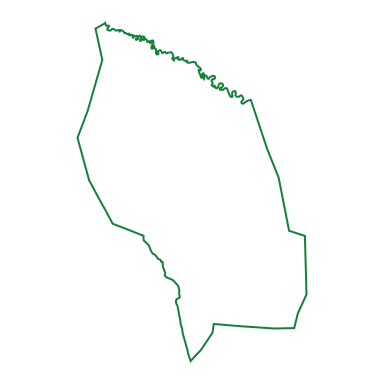 the district of Bayannuur, Bulgan, Mongolia
{"feature_id": "93677404B15769150174360", "entity_name": "Bayannuur", "entity_type": "district", "adm_level": 2, "iso_a3": "MNG", "parent_name": "Mongolia", "parent_adm1": "Bulgan", "projection": "albers", "projection_center": [104.475, 47.85], "detail": "fine", "context": "isolated", "style": "outline", "palette": "green", "viewbox_px": 384, "rotation_deg": 0, "n_neighbors": 0, "source": "geoboundaries", "source_scale": "gbopen_adm2", "svg_char_len": 5745}
<svg xmlns="http://www.w3.org/2000/svg" viewBox="0 0 384 384"><path d="M250.9,100.0L249.1,100.3L247.7,100.7L246.4,101.5L244.7,102.6L243.7,103.4L242.8,103.7L241.9,103.5L241.5,102.9L241.3,102.2L241.4,101.7L241.6,101.2L242.2,100.8L243.4,99.2L243.2,98.2L241.9,95.7L241.1,95.3L240.5,95.5L239.5,96.3L238.6,96.9L237.0,96.7L236.3,96.4L235.5,95.7L235.4,94.8L235.7,93.9L235.7,93.1L235.7,91.9L235.5,91.4L235.1,91.1L234.3,91.1L233.4,91.4L232.6,91.9L232.2,92.8L232.1,93.8L232.1,94.8L232.5,95.5L232.5,96.1L232.3,96.9L231.8,97.1L231.3,97.0L230.4,96.5L229.8,95.6L228.8,93.3L227.8,90.4L227.1,88.7L226.6,88.2L226.0,88.1L225.1,88.1L224.3,88.7L223.6,89.4L222.8,90.1L222.3,90.0L221.6,89.5L220.8,89.3L220.0,89.7L219.8,89.0L220.1,88.1L220.5,87.8L221.7,87.3L222.2,86.9L222.7,86.5L223.0,85.7L222.9,84.6L222.4,83.8L221.3,83.3L220.3,83.4L219.3,83.9L218.7,84.9L218.5,85.9L218.1,86.9L217.6,87.9L217.0,88.3L215.8,88.1L215.5,87.2L215.0,86.2L214.3,85.8L213.8,86.8L213.3,86.7L212.7,85.7L212.1,85.7L211.8,85.4L211.8,84.7L212.6,83.6L212.2,82.1L211.5,80.9L211.6,80.2L212.1,79.7L212.4,79.2L212.9,79.1L213.3,79.3L213.9,79.4L214.6,78.6L215.1,77.6L214.8,76.6L214.4,76.1L213.6,75.9L213.0,75.7L211.9,76.2L211.2,76.6L210.2,76.8L209.4,77.6L209.0,78.7L208.7,78.7L208.1,78.7L207.7,78.5L207.4,77.9L206.6,76.2L206.2,75.7L205.5,75.4L204.9,75.3L204.5,75.6L204.2,76.0L204.3,76.8L204.3,77.6L204.3,77.9L204.1,77.9L203.9,78.9L203.5,78.4L203.1,77.6L203.1,76.5L203.7,75.1L203.8,74.0L203.5,73.2L203.1,73.2L202.6,73.8L202.2,74.0L202.4,76.2L202.7,76.8L202.3,77.7L201.7,77.7L201.1,77.5L200.9,77.2L200.3,75.0L199.2,72.6L199.0,71.7L198.9,70.8L198.7,70.3L198.7,70.0L199.5,70.3L200.3,70.5L200.9,69.8L200.7,69.0L200.2,68.1L199.7,67.5L198.7,67.0L198.0,66.3L197.3,65.7L196.7,65.2L196.3,64.5L196.0,63.3L195.5,62.4L195.2,62.1L194.3,62.1L193.8,62.3L193.3,62.0L193.0,61.9L192.4,62.0L191.3,62.4L190.4,62.5L189.3,62.8L188.9,62.8L188.0,62.7L187.1,62.4L187.0,62.2L187.3,61.6L187.4,61.1L187.2,60.8L186.8,60.6L186.3,60.7L185.4,60.9L184.6,60.8L183.9,60.3L183.4,59.8L183.1,58.5L183.0,58.2L182.9,58.1L182.4,58.1L182.1,58.3L181.5,59.4L181.3,59.6L181.0,59.7L180.4,59.5L179.9,59.5L179.6,59.5L179.3,59.7L178.8,59.7L178.4,59.6L178.0,59.1L178.1,58.6L178.5,58.1L178.5,57.7L178.4,57.3L177.9,57.1L177.2,57.4L176.7,57.7L175.9,58.4L174.6,58.5L174.1,58.8L173.8,58.9L173.6,59.8L173.7,60.3L173.4,60.1L172.5,58.9L172.2,58.4L172.4,57.9L172.7,57.7L173.3,57.3L173.4,56.5L173.0,55.1L172.5,53.7L171.7,52.7L171.1,52.2L169.7,52.5L167.7,52.7L167.0,53.2L166.4,53.3L165.9,52.7L165.1,52.0L164.4,52.1L164.0,52.2L163.1,52.9L162.6,53.1L162.1,52.9L161.5,51.8L160.9,50.5L160.6,50.3L160.2,50.2L159.6,50.3L159.0,50.8L158.3,51.5L157.5,51.3L156.9,51.3L156.4,51.5L156.4,52.1L156.6,52.5L157.2,52.9L157.9,53.2L158.5,53.7L158.2,54.2L157.7,54.5L156.8,54.4L156.3,53.8L156.0,52.8L156.1,50.3L155.8,49.0L155.5,48.7L154.9,48.4L154.0,48.5L151.6,48.5L151.4,48.3L151.4,47.8L151.5,47.6L153.8,47.6L154.3,47.1L154.4,46.7L154.2,46.0L153.6,45.8L152.7,45.8L152.1,46.2L151.6,46.0L151.5,45.8L151.9,45.3L152.5,45.1L153.1,44.4L153.4,43.2L153.4,42.2L153.4,41.4L153.3,41.0L152.9,40.5L152.3,40.5L151.9,40.6L151.8,41.3L151.7,42.2L151.3,42.9L150.9,42.9L149.9,42.9L149.8,42.6L150.2,42.1L150.4,41.4L150.1,41.1L148.9,41.1L147.5,42.0L147.2,41.8L146.9,41.0L146.7,40.0L146.3,39.5L145.8,39.1L145.5,38.9L144.8,39.1L144.3,39.5L143.9,40.0L143.7,39.9L143.5,39.5L143.4,39.1L144.2,37.9L144.3,37.1L144.0,36.7L143.6,36.6L142.9,36.5L142.2,36.6L141.6,37.1L141.3,37.8L141.6,39.9L141.5,40.6L141.0,40.8L140.2,40.8L140.0,40.7L139.8,40.2L139.9,39.8L140.7,39.2L141.1,38.1L140.8,37.0L140.1,35.9L139.8,35.7L139.4,36.0L138.7,36.7L138.2,37.8L137.9,38.9L137.5,39.5L137.1,39.6L136.1,39.8L135.7,39.2L135.6,38.9L135.8,38.7L136.7,38.5L137.5,38.0L138.0,37.3L138.0,36.6L137.7,36.1L137.2,35.9L136.4,36.0L135.7,36.3L134.5,35.8L134.0,36.2L133.4,37.4L133.1,37.7L132.8,37.6L132.6,37.3L132.7,36.6L132.9,36.0L132.9,35.3L132.6,35.1L132.2,35.0L131.4,34.7L130.7,35.1L130.0,35.3L129.3,35.3L129.1,35.0L129.3,34.4L129.3,34.0L129.0,33.7L128.3,33.7L127.8,33.9L126.8,34.0L126.1,33.2L125.5,33.0L124.4,33.0L124.2,32.7L123.8,32.0L123.5,31.4L121.3,30.1L120.1,30.0L120.1,30.4L120.1,31.0L119.8,31.5L119.4,31.5L118.7,30.5L118.1,30.1L117.4,30.1L116.3,30.7L115.4,30.4L114.8,29.8L113.6,29.0L112.6,28.8L111.9,29.2L111.1,30.1L110.4,30.6L109.3,30.6L107.4,29.9L107.2,29.2L107.6,28.3L108.1,27.7L108.9,26.6L108.9,25.8L107.8,25.5L106.0,25.7L105.2,23.0L105.0,23.3L95.5,28.6L102.3,60.0L87.7,110.8L77.5,137.8L89.1,180.2L97.5,195.9L106.7,212.5L112.7,223.7L116.3,225.1L126.1,228.9L143.5,235.8L143.5,237.7L143.7,240.1L144.1,240.8L144.9,241.5L146.5,243.1L147.8,244.2L148.9,245.5L150.3,249.2L150.5,249.9L152.2,252.9L152.9,253.7L153.3,254.0L154.8,254.7L155.2,255.0L155.7,255.5L156.4,256.5L156.7,257.1L157.5,257.8L157.7,258.1L157.8,258.6L158.0,258.8L158.2,259.0L158.8,259.2L159.7,259.5L160.6,260.2L160.8,260.4L160.9,260.7L161.0,261.4L161.1,261.6L161.2,261.8L162.3,261.9L162.6,262.2L162.8,262.8L162.7,265.0L162.8,266.2L162.9,266.7L164.0,269.6L164.3,270.9L164.7,271.5L165.0,271.9L165.2,272.2L165.2,272.9L165.1,273.5L164.8,274.2L164.7,274.9L164.8,275.4L166.0,277.0L167.1,277.6L169.7,278.7L171.3,279.3L172.7,280.1L173.9,281.1L175.2,282.5L178.0,285.6L178.4,286.7L178.9,288.4L179.3,289.7L179.2,291.1L179.1,293.2L179.5,295.7L179.7,296.3L179.7,296.9L179.6,297.4L179.4,297.6L179.0,298.0L176.7,299.1L176.3,299.6L176.1,300.1L176.0,301.2L176.0,302.5L176.3,303.5L176.6,304.2L177.1,304.8L177.4,305.6L178.6,311.5L178.9,313.8L179.3,315.7L180.1,319.3L180.4,321.4L180.6,323.4L180.8,324.9L182.1,328.5L182.4,330.3L182.5,331.9L182.8,333.7L187.6,350.6L188.0,353.3L190.6,361.0L200.9,350.0L212.5,332.7L213.8,324.0L239.0,326.1L274.2,328.5L294.2,328.1L297.7,313.8L306.5,294.4L304.9,235.9L289.1,230.8L278.6,177.5L267.1,148.8L250.9,100.0Z" fill="none" stroke="#15803d" stroke-width="2"/></svg>